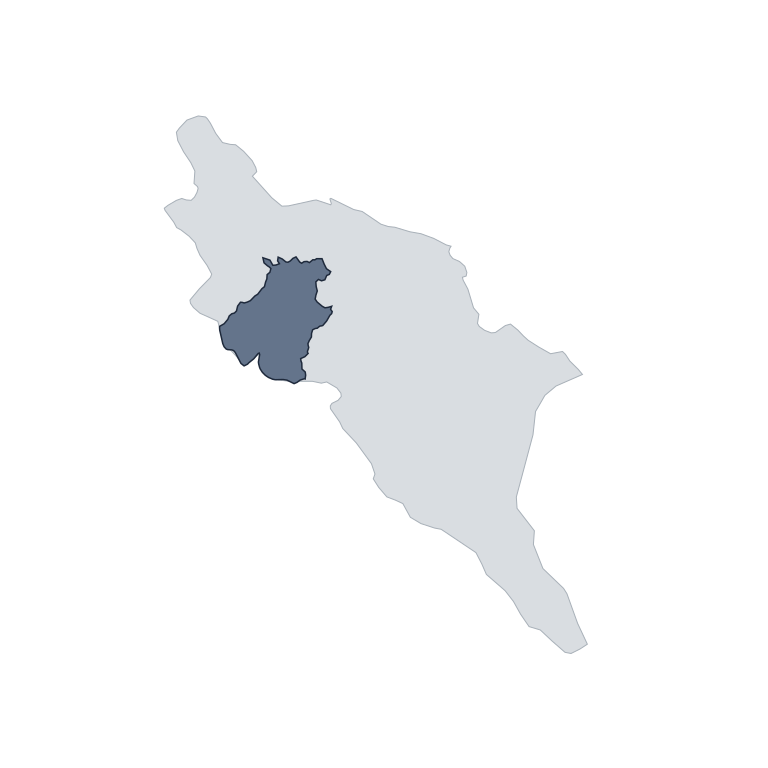 where Mtskheta-Mtianeti sits in Georgia, rotated 207°
{"feature_id": "GEO-3034", "entity_name": "Mtskheta-Mtianeti", "entity_type": "Region", "adm_level": 1, "iso_a3": "GEO", "parent_name": "Georgia", "parent_adm1": "", "projection": "albers", "projection_center": [44.706, 42.223], "detail": "fine", "context": "in_parent", "style": "filled", "palette": "slate", "viewbox_px": 768, "rotation_deg": 207, "n_neighbors": 0, "source": "natural_earth", "source_scale": "10m", "svg_char_len": 3830}
<svg xmlns="http://www.w3.org/2000/svg" viewBox="0 0 768 768"><g transform="rotate(207 384 384)"><path d="M386.8,537.2L387.0,534.9L386.3,531.3L383.5,528.7L379.6,527.0L372.3,527.4L365.5,525.6L360.8,521.0L359.8,517.5L362.6,514.7L360.6,512.4L352.3,506.6L338.8,492.5L331.1,489.2L328.2,480.4L325.2,478.5L318.7,477.5L311.8,478.2L310.2,479.1L308.1,480.5L302.4,491.2L298.5,494.8L289.2,492.8L281.6,490.1L275.4,488.4L263.2,487.2L249.3,486.6L239.7,494.0L235.8,492.8L228.8,488.8L217.5,485.2L211.5,482.6L229.8,460.3L235.5,446.9L235.9,438.6L236.5,428.3L228.2,406.4L221.6,375.5L214.8,343.4L209.0,333.6L183.4,321.5L178.0,308.8L158.6,291.7L131.2,283.4L125.8,280.2L102.8,258.6L84.7,244.5L89.1,236.8L95.0,228.8L100.9,227.1L117.6,231.3L133.1,235.8L144.6,233.7L157.8,240.9L169.9,249.0L182.2,254.8L206.3,260.8L215.2,268.1L225.5,275.5L267.1,280.5L270.5,279.5L273.6,278.6L287.7,276.4L300.0,277.2L312.9,286.0L321.2,285.7L330.2,284.7L341.6,289.4L350.5,294.6L351.2,299.7L359.0,307.3L381.9,318.9L400.5,325.6L406.3,330.1L420.5,337.7L421.9,340.1L421.6,343.1L417.5,348.6L416.4,353.5L418.3,356.3L424.2,359.1L436.0,359.8L440.2,356.3L449.0,353.9L457.8,349.4L469.4,343.4L485.3,337.9L491.6,338.0L497.6,339.6L501.9,342.7L509.0,354.0L516.1,338.2L517.9,337.0L524.4,340.2L535.9,344.5L543.9,346.8L548.2,350.1L560.5,364.4L580.1,363.5L588.5,365.6L593.0,368.0L595.0,370.7L591.7,385.1L587.0,400.1L587.4,403.7L595.4,409.3L606.3,415.1L612.1,419.8L616.2,424.1L624.8,427.2L634.9,429.1L639.7,429.2L644.7,432.7L657.9,439.3L659.6,440.9L657.5,445.3L652.4,453.3L648.4,457.5L643.8,458.2L639.2,460.1L637.7,464.4L637.6,469.8L638.4,473.8L639.7,475.2L644.3,476.4L649.2,487.9L656.6,493.5L668.0,499.9L678.2,507.2L683.3,514.1L682.5,519.1L679.4,529.7L671.2,538.5L664.2,540.9L661.7,540.1L657.0,537.5L647.7,530.9L637.5,525.8L629.8,527.7L624.8,529.8L614.7,527.6L602.8,523.1L596.6,518.7L593.8,515.4L595.6,509.4L568.6,499.0L555.7,496.1L549.9,499.4L530.2,515.6L527.9,517.2L512.8,519.5L512.8,520.8L516.2,524.3L515.6,525.3L490.2,525.7L481.8,527.8L459.3,525.0L451.8,526.2L445.5,528.6L430.0,531.4L419.3,534.7L405.7,536.3L391.7,536.2L386.8,537.2Z" fill="#d9dde1" stroke="#a8b0b8" stroke-width="1"/><path d="M516.9,336.6L520.8,337.4L530.6,344.4L532.2,345.2L533.8,345.5L535.5,345.2L536.3,344.8L538.8,343.7L540.5,343.5L543.4,344.6L546.0,346.8L554.9,357.5L555.9,359.2L556.6,360.8L553.8,365.1L552.5,370.7L552.8,374.4L551.5,377.5L549.5,379.3L548.6,382.1L549.8,387.0L549.0,391.7L547.3,392.4L545.4,392.7L543.0,394.9L540.9,397.6L539.0,403.8L537.3,406.6L536.0,413.6L534.7,416.4L535.8,421.1L536.1,424.5L537.8,428.4L536.4,431.7L537.2,435.5L539.3,436.2L541.4,436.4L545.9,437.5L549.2,441.5L541.9,442.6L536.9,439.3L534.2,441.0L531.8,443.7L534.7,445.4L535.9,449.0L531.4,449.2L526.8,448.2L524.8,448.9L523.3,451.2L522.2,454.6L520.1,457.3L514.5,454.4L512.2,454.2L510.8,456.7L508.2,458.3L505.6,458.3L503.8,462.4L502.0,463.2L500.9,465.1L496.1,467.5L491.8,463.7L487.6,460.6L482.5,459.9L482.5,456.8L484.3,454.7L484.0,450.0L486.5,447.6L489.9,447.4L491.1,444.0L488.7,440.1L485.7,436.6L485.0,432.2L484.2,429.6L484.2,429.4L483.9,428.4L480.8,426.7L474.3,425.2L471.2,425.1L468.5,427.0L467.1,428.3L465.9,429.5L465.5,426.3L463.0,425.0L462.6,422.9L463.4,420.7L463.7,414.2L465.1,408.3L466.2,407.3L467.3,406.6L468.1,405.1L468.7,403.5L470.6,402.1L472.2,399.9L471.5,396.1L470.0,392.9L470.3,389.0L470.1,385.4L468.9,383.7L467.7,382.5L467.3,380.6L467.1,378.6L466.5,377.4L465.5,376.8L466.9,372.4L469.8,368.8L468.4,366.8L466.8,365.4L463.9,360.1L459.6,358.9L457.8,356.3L456.7,353.1L456.5,352.7L457.5,352.4L458.8,351.1L460.5,349.4L462.2,346.0L464.3,343.5L472.2,343.4L475.9,342.2L482.9,338.4L485.5,337.7L489.9,337.4L493.8,337.9L497.1,339.0L497.5,339.1L500.8,341.0L502.2,342.1L504.8,345.0L505.9,346.6L508.1,353.7L509.2,354.9L510.0,354.0L511.5,347.3L514.0,341.7L514.6,339.7L516.9,336.6Z" fill="#64748b" stroke="#1e293b" stroke-width="1.5"/></g></svg>